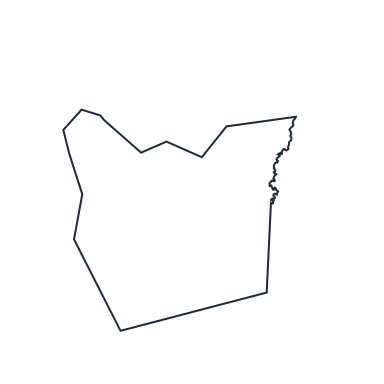 Kainanatu District, Eastern Highlands, Papua New Guinea (Mercator projection), rotated 63°
{"feature_id": "67681753B29556691348440", "entity_name": "Kainanatu District", "entity_type": "district", "adm_level": 2, "iso_a3": "PNG", "parent_name": "Papua New Guinea", "parent_adm1": "Eastern Highlands", "projection": "mercator", "projection_center": [145.899, -6.248], "detail": "fine", "context": "isolated", "style": "outline", "palette": "slate", "viewbox_px": 384, "rotation_deg": 63, "n_neighbors": 0, "source": "geoboundaries", "source_scale": "gbopen_adm2", "svg_char_len": 1796}
<svg xmlns="http://www.w3.org/2000/svg" viewBox="0 0 384 384"><g transform="rotate(63 192 192)"><path d="M68.5,253.0L78.3,278.5L102.3,284.0L144.2,290.8L180.6,318.6L283.2,318.7L303.9,224.0L315.5,171.1L237.7,126.7L238.4,126.5L238.9,125.0L238.4,124.6L237.7,124.6L237.3,124.2L237.0,123.4L236.6,123.0L236.1,123.0L235.6,123.7L235.6,124.5L235.3,125.0L234.9,125.0L234.6,124.8L234.4,124.0L234.5,122.8L235.1,122.1L235.3,121.3L234.6,120.6L233.7,120.6L232.7,121.0L231.7,120.9L231.1,120.2L231.1,119.0L231.7,118.4L232.9,117.7L231.4,116.4L231.1,115.7L230.6,115.1L230.2,115.2L228.4,116.1L227.8,116.1L227.1,115.8L226.2,115.8L225.6,116.5L226.0,117.2L226.8,117.4L227.0,117.7L227.0,118.3L226.6,118.8L225.5,118.8L222.3,118.4L222.0,118.7L222.1,119.9L221.5,120.0L220.2,119.2L219.5,119.1L219.1,118.6L218.8,117.1L218.3,116.4L218.2,115.5L219.5,114.3L219.7,113.6L219.6,113.3L219.2,112.9L218.4,112.9L217.4,113.4L216.5,112.9L215.3,111.6L214.7,110.4L214.6,108.8L214.2,108.8L212.8,110.0L212.0,110.2L211.4,110.1L211.4,108.6L210.6,107.9L209.8,107.8L208.2,108.4L207.7,107.9L206.1,107.4L204.2,105.5L203.7,104.0L204.5,102.7L203.5,101.3L202.3,101.8L201.3,101.9L200.6,101.3L200.3,99.5L199.8,98.6L199.8,97.5L199.0,97.1L197.4,98.3L197.3,95.5L198.4,95.3L198.8,94.7L198.4,94.3L197.5,94.1L196.9,93.6L195.3,91.1L195.3,90.5L195.8,89.9L197.0,89.9L197.8,89.0L197.8,88.2L197.5,86.5L195.8,86.3L193.5,83.8L192.2,83.2L191.4,82.4L191.2,81.3L190.6,80.0L189.6,79.2L188.8,78.8L186.6,78.9L185.8,77.7L185.4,77.3L182.8,76.7L182.0,76.8L180.6,76.8L180.2,75.9L179.6,74.6L179.5,74.4L179.2,72.6L178.4,71.2L176.9,71.0L175.9,70.6L175.4,70.4L174.6,69.6L174.2,69.2L173.3,66.6L172.1,65.3L149.2,131.5L156.6,147.8L160.8,157.2L165.5,167.4L153.5,177.2L135.5,191.9L133.8,219.5L88.5,237.5L82.1,239.0L68.5,253.0Z" fill="none" stroke="#1e293b" stroke-width="2"/></g></svg>